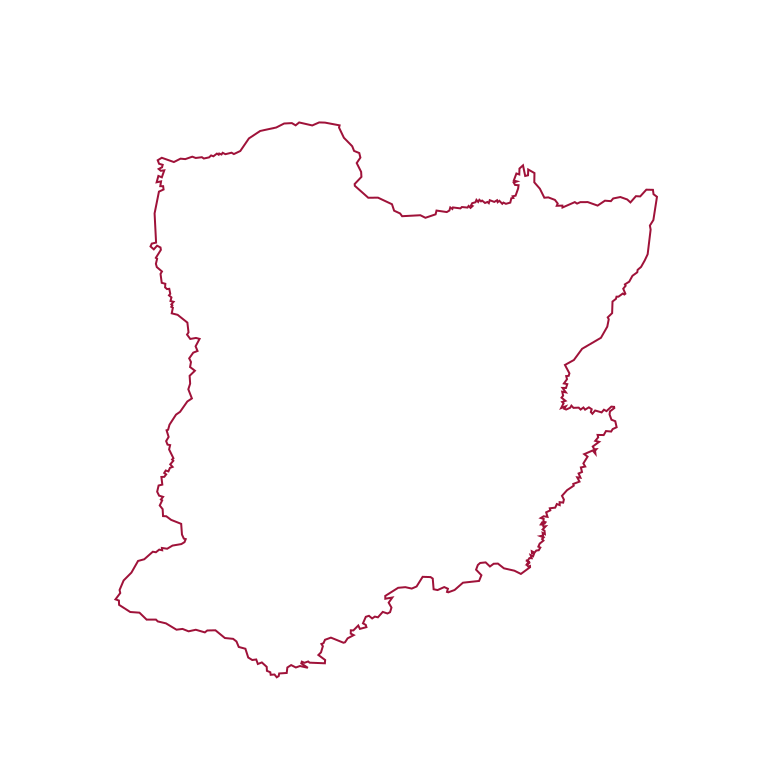 Sumedang, Jawa Barat, Indonesia, rotated 81°
{"feature_id": "22746128B19624873108228", "entity_name": "Sumedang", "entity_type": "district", "adm_level": 2, "iso_a3": "IDN", "parent_name": "Indonesia", "parent_adm1": "Jawa Barat", "projection": "robinson", "projection_center": [107.99, -6.81], "detail": "fine", "context": "isolated", "style": "outline", "palette": "rose", "viewbox_px": 768, "rotation_deg": 81, "n_neighbors": 0, "source": "geoboundaries", "source_scale": "gbopen_adm2", "svg_char_len": 6158}
<svg xmlns="http://www.w3.org/2000/svg" viewBox="0 0 768 768"><g transform="rotate(81 384 384)"><path d="M309.2,568.3L309.1,562.5L310.6,559.1L317.3,564.2L322.2,563.0L323.2,567.5L328.2,572.4L332.1,571.2L336.9,572.9L341.3,568.7L345.5,574.7L353.3,575.4L358.6,578.1L368.2,576.0L370.5,581.0L379.6,589.8L381.7,594.2L390.6,602.2L395.4,604.4L395.7,606.0L402.6,605.0L406.3,608.1L410.0,607.3L410.9,604.8L415.0,606.5L424.4,603.6L425.4,605.1L426.9,604.1L429.9,607.7L432.8,605.8L433.4,608.6L436.6,610.6L435.3,613.1L437.5,615.0L439.2,613.3L441.3,615.5L441.0,618.4L448.7,618.7L449.0,622.5L454.9,624.9L459.1,623.6L460.9,619.9L463.2,622.4L464.2,621.3L468.9,624.5L473.0,622.2L479.9,622.9L480.6,619.7L484.9,615.5L490.4,606.2L501.1,607.1L505.4,605.9L506.2,604.1L509.0,605.8L510.4,609.2L510.5,618.2L512.8,623.9L511.2,629.0L513.5,629.1L512.4,631.9L514.5,635.6L513.5,638.6L519.6,648.2L520.3,654.6L530.8,663.0L537.3,671.9L546.1,677.4L549.2,677.2L554.7,682.9L556.4,679.7L560.7,680.2L569.5,670.3L571.6,661.3L579.6,655.3L581.0,646.1L583.1,644.6L586.3,636.8L594.2,627.4L594.4,621.3L597.7,615.7L597.3,608.3L601.3,599.8L599.8,597.1L600.9,589.0L610.0,580.9L612.1,572.9L615.2,570.0L621.0,568.6L623.8,562.3L632.9,560.9L636.0,557.3L636.1,553.3L640.8,552.4L639.9,548.2L645.0,544.1L649.0,544.5L650.9,541.4L653.5,541.4L653.8,537.6L656.9,535.8L656.0,533.7L653.5,532.8L654.2,525.3L648.9,523.8L647.1,519.7L650.2,515.4L649.4,511.1L652.4,503.6L647.0,509.4L645.4,508.6L646.9,506.2L646.2,502.3L647.6,501.1L650.6,486.1L647.4,485.3L641.4,491.2L639.2,488.2L633.4,485.4L631.0,486.5L630.5,484.3L627.4,482.3L626.2,476.1L633.2,464.5L633.0,462.9L629.5,459.7L627.3,453.2L625.3,455.9L622.1,455.3L622.6,452.8L618.5,447.2L622.1,446.1L621.4,439.4L619.1,439.7L617.1,442.2L611.1,438.4L610.6,435.1L613.7,432.4L612.3,429.4L613.5,426.5L608.9,420.9L611.2,416.5L610.3,413.7L606.0,411.6L600.7,413.6L596.2,409.2L596.3,416.3L593.5,415.9L587.5,401.9L588.0,394.7L590.4,388.6L589.1,383.5L580.5,376.0L582.0,368.2L583.8,366.3L594.5,367.1L595.9,363.3L594.0,356.3L596.2,352.9L599.2,354.3L599.8,353.1L598.5,346.5L592.6,337.1L593.4,320.9L588.1,317.7L581.8,322.1L577.4,319.6L575.8,317.0L576.1,311.5L580.8,307.9L578.7,303.8L579.2,299.6L584.8,294.4L588.8,284.4L593.0,278.5L587.8,268.4L586.6,268.3L586.9,270.0L585.3,271.1L582.8,267.7L583.5,270.2L582.1,268.8L580.5,271.4L580.7,269.5L578.7,267.6L579.2,265.4L575.9,266.0L577.5,263.7L574.7,262.1L574.3,264.3L572.3,264.2L574.1,261.7L572.3,259.6L572.4,257.2L570.0,255.2L568.8,257.0L566.0,255.2L563.6,251.0L561.9,252.1L560.5,250.3L558.7,253.4L558.6,250.6L555.9,250.6L557.4,248.6L554.1,248.4L552.5,250.1L549.8,246.5L549.6,248.9L547.8,249.0L547.3,251.1L545.5,249.5L547.0,247.3L545.8,246.1L544.7,248.1L542.2,247.4L540.9,250.1L539.6,247.0L540.8,243.3L536.1,243.9L534.8,239.5L532.7,239.7L532.9,234.2L529.6,232.1L531.1,229.4L528.2,229.0L529.2,225.6L526.3,224.4L522.3,225.7L517.5,219.8L514.1,212.5L512.3,212.7L511.0,206.2L506.4,207.8L507.3,204.6L502.8,205.8L501.9,202.2L497.2,202.6L497.0,198.2L493.6,199.5L487.6,194.3L484.6,197.2L482.3,188.3L486.0,186.1L482.9,186.0L481.6,184.4L481.4,186.5L478.4,187.6L474.8,180.6L473.2,184.2L470.2,180.8L467.7,181.0L468.8,175.0L465.2,172.1L466.5,167.1L464.3,165.2L463.1,161.0L456.9,161.4L454.9,164.9L449.4,166.0L446.4,165.1L443.8,160.3L442.6,160.3L441.9,163.0L445.6,168.5L443.8,170.8L446.1,173.5L443.2,179.6L446.0,182.8L444.0,184.1L441.4,182.8L439.1,185.3L440.8,189.4L438.4,190.7L440.0,193.8L437.8,195.4L437.2,200.6L434.7,202.3L436.6,203.9L437.7,208.1L436.6,209.9L434.5,208.0L435.5,212.8L431.2,209.7L429.6,210.8L429.0,207.4L425.3,210.8L423.5,208.9L419.5,209.2L420.7,205.7L415.8,208.3L416.4,204.9L412.8,203.0L411.6,206.2L407.9,202.5L404.7,202.8L404.8,200.3L402.5,199.2L393.5,202.3L390.0,192.7L380.2,182.8L372.3,162.5L362.3,154.5L355.2,151.9L353.2,152.6L349.7,147.6L338.3,145.4L336.2,141.6L334.1,140.7L334.4,138.7L332.0,134.0L333.2,132.6L332.6,131.5L327.3,132.8L324.8,130.0L323.3,130.5L321.3,125.8L316.0,121.7L313.3,116.4L310.9,115.6L308.6,111.8L302.8,107.2L297.1,103.3L273.2,96.5L269.1,96.6L264.2,92.3L241.8,85.1L238.7,88.1L234.3,88.0L233.1,94.5L238.8,101.6L237.9,105.8L243.2,112.2L239.8,114.9L236.3,121.3L236.6,128.6L238.9,131.3L237.5,137.1L241.2,145.1L236.2,154.3L235.1,161.7L236.0,165.1L234.2,167.1L237.6,180.1L235.7,179.9L235.0,185.5L232.9,184.2L228.9,186.4L225.4,192.5L225.1,196.5L215.5,199.5L208.3,204.0L199.2,202.4L194.7,208.0L200.4,209.1L200.6,212.0L189.8,212.5L192.4,216.5L198.2,217.6L196.8,220.3L203.4,224.0L204.7,221.0L205.3,224.4L207.9,223.4L208.7,220.0L211.8,220.9L218.6,224.6L218.7,227.6L220.5,227.1L220.5,229.2L224.6,230.9L225.1,235.4L223.5,237.7L224.5,239.0L221.1,241.4L222.2,243.3L220.2,243.6L221.4,246.6L219.0,250.8L221.8,252.2L220.4,253.4L221.0,255.9L218.2,258.4L218.8,259.6L217.0,261.0L218.9,262.5L216.6,263.9L218.8,265.2L219.2,268.6L221.2,270.1L222.1,268.7L223.6,271.0L221.4,272.6L222.8,273.9L221.4,279.4L222.5,281.1L220.4,288.3L221.8,289.1L220.0,290.9L222.9,292.3L224.0,295.1L220.9,305.0L224.5,306.5L226.3,317.1L223.0,321.7L221.1,339.9L218.1,341.4L214.4,346.9L207.7,348.0L199.0,360.8L197.6,370.4L183.7,381.8L181.9,381.7L175.9,373.9L170.9,373.4L161.5,376.4L156.7,371.9L152.0,372.3L149.1,377.1L144.2,378.2L134.5,385.1L123.7,388.3L121.6,387.4L116.6,401.4L115.5,407.1L117.4,414.4L112.4,426.9L114.7,430.8L111.9,434.2L111.1,441.9L113.8,450.3L114.7,466.7L120.3,479.0L131.4,489.5L133.4,496.3L131.7,498.4L132.2,504.7L130.4,507.2L131.9,508.6L130.6,510.7L131.7,511.4L130.3,513.0L132.4,516.9L131.2,519.0L132.8,521.3L133.1,526.7L131.5,528.4L131.3,534.6L129.5,537.8L130.8,545.1L129.6,549.7L131.9,556.8L125.8,568.1L127.6,572.5L131.3,571.7L132.9,568.3L135.2,569.3L136.4,572.9L138.5,571.1L138.6,567.6L145.1,571.1L143.2,574.3L149.2,577.0L149.0,572.5L153.6,574.0L154.1,571.2L157.4,571.3L158.8,576.2L179.6,583.9L208.7,587.0L209.0,591.4L211.6,593.1L215.0,590.3L211.9,586.5L214.2,583.4L216.6,583.4L223.7,589.6L224.8,588.5L229.6,590.5L233.0,590.1L238.1,585.7L240.3,587.5L249.3,587.7L250.8,584.3L254.3,585.1L256.3,583.5L256.4,581.2L261.5,581.0L262.8,582.5L265.2,580.4L268.6,581.9L269.9,579.0L272.1,581.6L273.1,580.7L274.5,582.0L275.6,580.6L281.0,582.6L283.4,577.0L292.6,568.6L302.4,569.0L304.4,570.8L309.2,568.3Z" fill="none" stroke="#9f1239" stroke-width="2"/></g></svg>